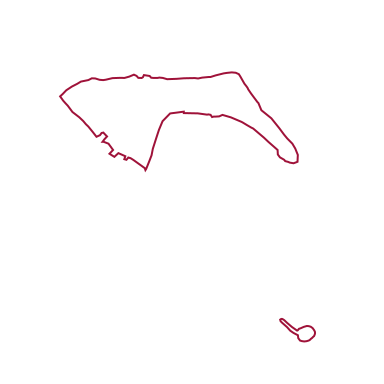 Kolovai, Tongatapu, Tonga (Albers equal-area conic projection), rotated 101°
{"feature_id": "48082658B55363984375879", "entity_name": "Kolovai", "entity_type": "district", "adm_level": 2, "iso_a3": "TON", "parent_name": "Tonga", "parent_adm1": "Tongatapu", "projection": "albers", "projection_center": [-175.316, -21.101], "detail": "fine", "context": "isolated", "style": "outline", "palette": "rose", "viewbox_px": 384, "rotation_deg": 101, "n_neighbors": 0, "source": "geoboundaries", "source_scale": "gbopen_adm2", "svg_char_len": 2188}
<svg xmlns="http://www.w3.org/2000/svg" viewBox="0 0 384 384"><g transform="rotate(101 192 192)"><path d="M179.4,241.9L178.2,241.4L169.9,239.8L163.7,238.7L157.2,238.7L146.9,237.5L137.3,236.3L128.1,234.4L119.1,228.5L118.5,226.8L117.3,223.1L114.7,215.4L116.1,215.1L113.7,201.3L113.2,192.0L112.7,190.7L112.7,188.5L114.6,186.6L113.9,185.2L113.6,183.7L112.6,179.8L110.5,176.8L110.6,175.7L111.3,168.1L113.6,157.3L114.0,155.8L115.8,150.9L117.5,146.0L118.0,144.1L124.9,131.8L128.2,126.6L129.9,123.7L134.4,116.0L138.8,114.9L141.2,112.3L142.6,108.2L142.9,107.5L143.9,106.4L144.1,103.3L144.5,101.6L144.4,97.8L143.1,95.6L142.2,94.2L135.4,95.2L129.7,98.9L125.4,102.7L121.3,108.7L118.1,112.6L112.8,118.4L104.5,128.2L98.5,139.5L92.0,143.8L91.2,145.0L87.1,149.5L83.9,153.0L80.5,156.4L79.1,157.4L77.5,159.1L75.7,161.2L69.4,166.6L67.4,168.5L66.6,171.8L67.0,175.8L68.4,180.4L69.5,183.5L73.0,191.0L75.6,195.8L76.0,197.8L77.8,203.9L79.4,207.7L79.6,210.8L80.3,214.2L81.9,221.6L83.9,228.9L85.2,234.5L86.0,237.9L85.6,242.4L85.9,245.8L86.6,247.6L87.4,251.6L87.6,253.9L86.2,255.7L86.4,261.5L88.7,262.1L89.7,263.2L90.2,266.5L88.6,268.6L87.9,271.4L90.7,275.6L92.9,280.0L93.7,284.5L95.4,291.8L98.2,298.0L99.1,300.5L99.5,304.1L99.0,308.6L99.5,312.0L101.9,315.1L104.8,322.1L107.7,325.3L111.4,330.0L116.1,334.8L120.6,337.7L123.3,339.7L126.9,335.9L128.9,333.3L131.0,330.4L136.3,324.6L140.1,317.0L143.1,312.3L145.7,309.1L147.5,306.3L152.1,300.8L156.0,296.3L153.8,293.2L151.3,292.0L150.6,290.3L150.8,290.1L153.7,286.0L156.9,288.0L159.8,289.4L159.6,288.2L160.5,283.2L165.8,277.5L170.2,280.3L171.2,277.8L172.3,274.9L167.9,271.7L169.6,264.3L172.7,264.7L172.9,262.5L170.3,261.1L170.5,258.8L171.7,255.7L172.3,254.4L177.6,242.9L179.4,241.9ZM302.3,73.7L300.2,77.0L299.6,78.5L299.4,79.3L299.6,80.2L300.5,81.1L301.9,80.4L302.9,79.0L306.5,72.9L309.4,69.1L311.0,65.4L312.4,60.7L315.2,59.8L317.2,57.6L317.4,55.8L317.3,53.4L316.8,51.7L316.4,50.7L315.5,49.0L314.5,47.9L313.6,47.4L312.4,46.3L311.0,45.4L310.2,44.7L308.3,44.3L307.0,44.3L305.7,44.7L304.4,45.7L302.6,47.6L301.6,49.7L301.4,51.7L301.6,53.7L303.1,56.6L305.0,59.3L305.9,60.9L307.6,61.8L308.0,62.4L305.4,68.2L302.3,73.7Z" fill="none" stroke="#9f1239" stroke-width="2"/></g></svg>